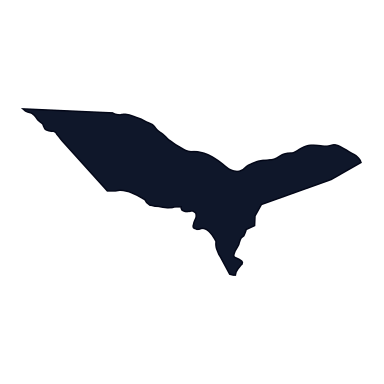 the district of Paix Bouche, Micoud, Saint Lucia
{"feature_id": "8701671B34451908876457", "entity_name": "Paix Bouche", "entity_type": "district", "adm_level": 2, "iso_a3": "LCA", "parent_name": "Saint Lucia", "parent_adm1": "Micoud", "projection": "albers", "projection_center": [-60.94, 13.815], "detail": "fine", "context": "isolated", "style": "filled", "palette": "ink", "viewbox_px": 384, "rotation_deg": 0, "n_neighbors": 0, "source": "geoboundaries", "source_scale": "gbopen_adm2", "svg_char_len": 4079}
<svg xmlns="http://www.w3.org/2000/svg" viewBox="0 0 384 384"><path d="M235.4,275.1L235.5,274.4L236.0,272.4L236.1,271.9L238.0,268.8L241.1,264.9L242.0,264.2L242.2,263.3L242.4,262.3L241.7,261.1L240.3,260.1L238.9,259.2L235.6,257.7L234.7,257.3L233.7,256.2L234.0,254.0L234.3,253.2L235.1,251.0L237.4,247.1L238.7,244.7L239.4,242.2L240.2,239.9L240.4,239.4L241.2,237.9L241.9,237.3L243.8,235.8L244.9,233.3L245.7,231.2L246.2,229.5L254.6,225.6L255.0,216.0L261.4,204.5L331.2,179.5L341.7,173.5L361.0,162.5L360.6,161.5L360.4,160.8L360.0,160.2L359.8,159.7L359.6,159.5L358.5,158.1L357.3,156.9L355.9,155.6L353.9,154.4L352.1,153.5L349.1,151.8L346.2,149.9L344.1,148.8L342.1,147.7L341.6,147.4L339.8,146.4L338.7,145.9L338.0,145.6L336.6,145.2L335.0,144.8L333.6,144.8L333.1,144.9L332.2,145.1L330.3,145.6L328.0,146.1L326.8,146.2L325.8,146.2L324.6,146.2L324.1,146.2L322.3,146.0L320.1,145.7L316.7,145.4L313.3,145.2L311.2,145.2L310.1,145.3L309.0,145.4L307.2,145.8L305.4,146.4L305.2,146.5L303.6,147.1L302.7,147.6L302.0,147.9L300.5,148.7L299.1,149.5L297.8,150.4L296.1,151.4L294.7,152.1L294.0,152.5L292.3,153.0L290.7,153.0L290.1,153.1L289.8,153.1L287.1,153.3L286.6,153.5L285.8,153.6L284.6,153.9L283.6,154.2L282.5,154.6L281.9,154.9L280.9,155.5L279.7,156.2L278.6,156.9L278.2,157.1L277.0,157.9L275.9,158.4L275.1,158.8L274.5,159.0L273.3,159.4L271.2,159.8L270.0,159.8L267.9,160.1L267.2,160.2L266.0,160.3L262.7,160.4L258.7,161.1L258.3,161.2L256.3,161.8L255.2,162.3L254.6,162.5L252.1,163.5L251.3,163.9L250.5,164.3L249.7,164.6L248.2,165.3L247.7,165.7L246.6,166.4L245.6,167.3L245.4,167.5L244.1,168.6L243.2,169.5L242.8,169.7L241.1,170.5L239.7,171.1L238.2,171.4L236.5,171.4L235.8,171.3L234.8,171.1L233.9,171.0L232.6,170.6L232.3,170.5L231.5,170.2L231.1,170.0L230.3,169.7L229.1,169.1L228.4,168.7L226.6,167.3L224.8,165.9L222.8,164.2L220.6,162.5L220.2,162.2L219.4,161.6L217.6,160.3L216.2,159.4L215.7,159.1L215.0,158.6L214.2,158.1L212.4,157.0L211.9,156.7L210.5,156.0L208.6,155.0L207.4,154.5L206.5,154.1L205.5,153.8L204.3,153.3L202.4,152.8L197.8,151.8L196.7,151.7L194.2,151.6L190.9,151.7L188.3,151.3L186.5,150.7L186.1,150.6L185.2,150.2L184.2,149.7L182.3,148.6L181.7,148.2L180.2,147.4L179.7,147.0L178.9,146.6L177.2,145.6L175.8,144.8L175.6,144.7L174.4,143.8L174.2,143.7L173.5,143.2L171.9,142.0L170.5,141.0L169.6,140.4L168.8,139.9L167.8,139.0L166.3,137.5L165.8,136.9L165.3,136.5L164.5,135.7L163.9,135.2L162.7,134.1L161.6,133.3L161.2,133.0L159.9,132.2L158.1,130.8L156.8,129.6L156.4,129.1L155.7,128.3L154.6,126.8L153.7,125.8L152.4,124.6L151.4,124.1L149.2,123.1L148.1,122.6L146.7,122.1L143.5,120.4L142.2,119.7L141.1,119.1L139.4,118.5L138.3,118.1L136.5,117.5L134.7,116.8L133.9,116.5L131.6,115.7L129.1,114.9L126.8,114.5L125.5,114.3L123.3,114.3L122.3,114.5L121.7,114.5L120.2,114.9L119.1,114.8L117.1,114.6L116.3,114.4L115.4,114.2L114.9,114.1L112.9,113.1L112.6,112.9L98.5,112.3L23.0,108.9L25.4,111.0L27.6,112.0L30.9,112.9L32.5,113.7L33.1,114.4L34.1,115.1L35.6,116.8L37.7,119.8L39.6,121.5L42.2,123.5L43.0,124.4L43.4,125.8L44.9,128.9L46.2,129.9L48.9,130.8L51.6,131.3L53.5,131.2L55.0,132.0L55.8,132.5L56.8,134.2L58.9,136.7L60.4,138.7L62.2,140.9L107.3,190.9L115.6,190.9L119.9,190.2L123.4,190.5L129.0,191.7L136.8,195.1L144.9,199.7L146.6,202.5L149.9,205.2L151.7,205.4L154.7,206.2L158.5,206.4L162.5,207.2L167.6,207.8L172.2,207.6L174.6,206.9L181.2,206.8L181.1,207.9L181.4,208.8L181.8,209.7L182.2,210.3L183.2,210.7L184.2,211.2L185.8,211.6L187.2,211.6L188.5,211.4L189.6,211.4L191.2,211.0L192.3,210.9L193.5,211.4L195.1,212.5L195.8,213.2L196.0,213.9L196.2,215.6L196.1,217.2L195.9,217.8L195.4,219.1L194.9,220.1L194.4,221.3L193.9,222.7L193.6,224.1L193.1,226.0L193.2,226.9L193.4,227.6L193.8,228.0L194.5,228.4L195.5,228.7L196.8,229.3L198.1,229.3L199.3,229.2L200.4,228.8L201.1,228.5L202.2,228.4L203.3,228.4L204.1,228.6L205.1,228.9L206.7,229.6L207.3,230.1L208.3,230.8L209.2,231.6L210.4,232.9L211.5,234.2L212.3,235.2L213.1,236.5L213.3,236.8L214.4,238.5L215.0,239.5L216.1,241.7L215.9,242.8L215.9,244.7L216.0,245.8L216.2,247.2L216.6,248.8L218.8,254.3L220.4,256.9L229.7,274.2L233.2,275.1L235.4,275.1Z" fill="#0f172a" stroke="#020617" stroke-width="1.5"/></svg>